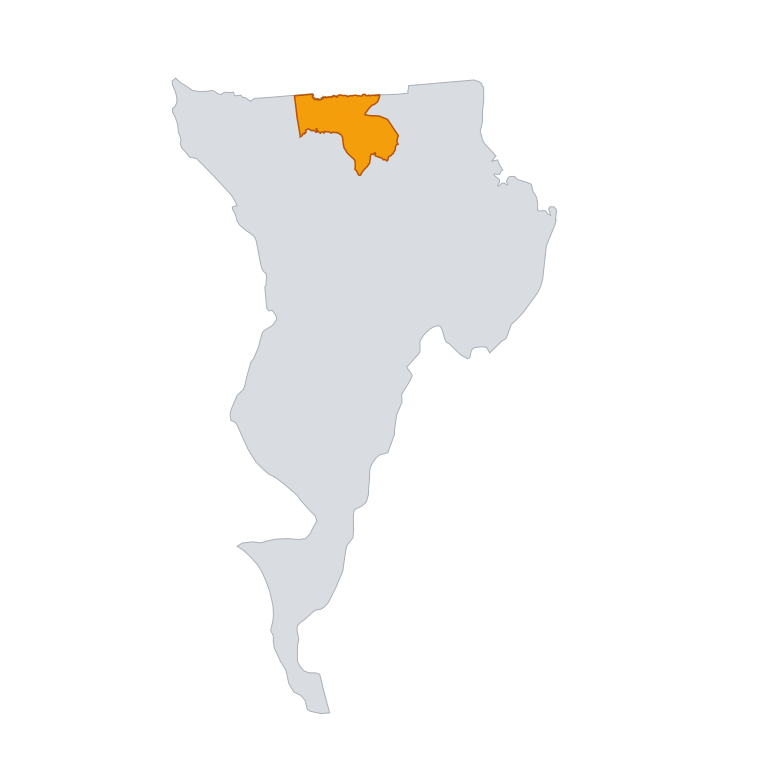 Dja-Et-Lobo, Sud, Cameroon shown in context, rotated 175°
{"feature_id": "32672807B39721432011370", "entity_name": "Dja-Et-Lobo", "entity_type": "district", "adm_level": 2, "iso_a3": "CMR", "parent_name": "Cameroon", "parent_adm1": "Sud", "projection": "natural_earth1", "projection_center": [12.712, 2.919], "detail": "fine", "context": "in_parent", "style": "filled", "palette": "amber", "viewbox_px": 768, "rotation_deg": 175, "n_neighbors": 0, "source": "geoboundaries", "source_scale": "gbopen_adm2", "svg_char_len": 7735}
<svg xmlns="http://www.w3.org/2000/svg" viewBox="0 0 768 768"><g transform="rotate(175 384 384)"><path d="M198.2,532.6L199.6,528.2L210.2,507.6L216.8,474.6L219.8,466.8L222.9,461.6L238.2,444.1L244.0,438.5L252.2,432.0L258.1,419.1L260.1,417.8L262.7,416.7L275.9,405.8L277.1,407.9L277.9,410.5L278.9,411.7L283.2,412.5L289.0,412.5L292.4,411.7L294.2,409.5L296.0,403.4L297.1,402.3L298.5,402.0L304.9,406.2L315.4,418.2L318.1,420.3L319.3,422.7L321.5,433.5L322.9,436.3L325.1,437.4L329.2,436.7L333.5,434.7L337.3,431.9L341.0,428.3L343.5,425.1L344.6,422.7L345.2,413.8L346.0,411.8L359.7,399.0L359.4,397.7L357.1,394.1L355.1,390.1L357.2,386.0L359.3,382.9L367.3,372.2L367.7,364.3L374.1,352.2L377.8,336.0L377.9,332.9L386.2,315.2L394.9,313.6L398.3,311.1L402.2,306.7L404.7,302.6L405.8,298.7L406.7,291.2L408.2,282.6L409.2,275.1L411.8,268.1L416.2,264.6L423.8,261.7L424.9,260.4L426.0,255.7L427.1,240.4L428.4,233.6L435.4,225.9L438.5,213.9L441.3,201.4L449.3,186.2L458.6,171.0L463.0,167.0L466.6,165.1L470.8,164.9L473.7,163.8L483.8,156.2L488.0,153.7L491.1,151.1L491.8,148.8L492.1,145.5L491.1,137.7L492.8,131.9L493.8,123.1L494.3,116.1L493.9,113.7L492.0,109.7L489.0,105.4L484.0,102.8L477.0,102.1L473.4,100.5L472.0,92.6L471.5,87.6L466.8,61.1L475.6,61.2L486.1,64.4L488.8,66.7L490.2,75.8L494.0,80.9L500.7,85.1L504.9,93.8L506.6,107.0L510.3,114.9L511.1,116.2L516.4,131.1L516.7,137.9L516.2,142.6L518.4,148.3L515.2,158.1L514.2,164.1L513.9,172.5L515.9,187.4L519.0,198.9L522.3,208.2L526.0,215.4L532.1,223.4L538.5,230.6L544.5,235.2L539.0,237.9L528.2,238.2L522.0,236.7L519.1,236.6L516.1,237.6L504.6,238.9L493.0,238.3L482.3,236.5L475.8,236.8L470.7,241.2L466.7,247.9L462.8,253.1L464.2,258.9L467.1,262.2L472.6,269.3L477.6,276.1L480.2,280.8L490.1,290.9L499.7,299.9L504.3,303.0L505.9,303.7L511.2,308.9L518.4,317.4L525.1,330.7L534.4,357.3L536.4,359.5L539.6,360.9L540.0,363.8L539.8,367.9L538.8,371.3L531.4,385.3L524.9,390.6L523.0,393.9L520.5,402.0L514.6,417.8L512.1,420.0L506.2,430.7L501.4,444.3L500.2,446.3L498.3,448.0L491.4,451.3L489.1,453.0L485.6,457.3L485.2,460.0L486.8,463.8L488.7,466.9L492.3,466.9L494.2,469.8L494.3,490.7L492.6,493.9L492.7,495.3L491.9,498.9L491.6,502.9L492.2,504.5L493.5,505.8L495.4,508.6L496.5,515.1L498.8,537.7L499.9,541.3L501.8,543.8L507.8,548.7L514.1,555.1L516.1,559.2L517.3,566.1L519.7,571.4L519.7,573.3L518.7,574.0L514.8,574.4L516.1,578.3L519.4,585.2L535.5,606.1L551.0,624.8L554.6,626.1L557.3,626.5L558.5,627.7L559.9,630.3L565.1,637.1L566.0,641.1L564.9,644.8L566.1,650.6L567.0,652.7L566.7,654.6L567.2,661.7L568.7,667.9L571.0,673.3L570.6,676.9L567.7,679.0L565.9,682.5L565.4,687.3L566.3,693.2L568.6,700.1L568.7,704.1L564.9,706.9L560.8,702.1L556.2,698.9L549.4,693.3L542.5,691.3L533.5,691.0L529.7,691.7L523.1,687.1L520.9,686.5L518.0,688.4L515.9,688.5L513.4,687.8L508.3,687.8L507.9,684.6L507.0,684.0L501.5,684.3L499.8,681.6L499.1,681.9L496.9,681.1L492.5,677.3L487.9,679.8L478.2,679.5L429.7,679.4L428.5,675.8L426.1,674.0L421.7,673.9L408.8,674.6L399.0,674.0L392.3,672.6L384.1,671.8L373.9,672.4L363.5,672.4L344.8,671.4L334.6,671.6L334.8,673.7L334.1,675.3L333.6,679.1L267.6,679.0L262.3,676.5L260.6,674.8L260.1,671.7L258.9,671.3L259.9,658.0L262.2,646.9L263.0,636.7L266.1,627.5L264.5,618.4L262.6,614.4L252.6,601.5L257.2,596.6L251.2,597.3L249.9,592.5L247.0,586.8L248.8,585.9L250.5,582.7L256.0,583.7L255.8,582.1L251.1,577.3L251.5,574.9L253.5,572.2L252.5,571.0L249.2,573.8L246.7,573.8L244.8,571.9L243.5,571.6L244.3,575.3L242.4,578.6L240.6,579.8L237.5,579.6L235.0,578.7L234.3,576.9L232.0,575.5L225.4,573.0L219.8,570.2L218.7,562.3L216.5,558.9L215.6,555.1L215.1,550.7L215.9,544.0L214.4,542.9L212.8,542.6L210.4,542.9L208.2,542.5L205.6,538.8L203.3,537.4L204.7,544.2L203.0,546.1L199.1,545.6L197.4,543.0L197.0,541.1L198.9,532.8L198.2,532.6Z" fill="#d9dde1" stroke="#a8b0b8" stroke-width="1"/><path d="M360.8,606.4L359.6,610.0L356.9,611.1L355.7,612.5L354.7,612.7L353.9,614.6L353.7,614.8L352.6,615.9L351.7,619.9L350.6,621.1L349.0,621.8L349.9,623.3L350.1,624.3L349.6,625.9L349.5,626.8L348.7,628.5L348.1,630.3L350.3,634.2L356.0,644.6L357.5,647.3L365.4,651.3L375.5,652.7L376.8,653.2L379.0,653.6L379.4,654.5L379.2,655.1L378.1,656.4L377.8,656.6L374.8,660.1L373.7,661.0L371.6,662.8L369.1,663.4L365.7,665.9L363.8,669.6L363.2,671.7L363.2,672.5L363.6,672.4L363.8,672.2L364.0,672.2L364.1,672.3L364.7,672.4L364.9,672.1L365.1,672.3L365.5,672.0L365.8,672.4L366.0,672.4L366.5,672.3L366.9,672.5L367.0,672.4L367.1,672.1L367.4,672.2L367.9,672.3L368.3,672.6L368.6,672.6L368.9,672.3L369.0,672.3L369.6,672.4L370.0,672.4L370.3,672.6L370.5,672.7L371.2,672.8L371.7,672.7L372.3,672.1L372.5,672.1L373.2,672.5L373.7,673.1L374.0,673.1L374.3,673.0L374.6,672.6L374.9,672.6L375.0,672.6L375.5,672.7L376.3,672.9L376.6,672.7L376.8,672.8L377.2,673.3L377.3,673.8L378.2,674.4L378.8,674.3L379.0,674.0L379.6,674.1L380.1,674.0L380.2,673.9L380.4,673.7L380.6,672.9L381.1,672.9L381.9,672.8L382.4,672.9L382.6,672.9L383.7,673.3L385.1,673.4L385.5,673.7L387.2,674.1L388.6,674.2L389.3,674.2L389.6,674.1L390.5,673.8L391.1,673.8L392.2,674.2L393.0,674.1L394.6,673.3L395.1,673.5L395.0,673.9L395.2,674.1L395.8,674.2L396.2,674.1L396.3,674.1L396.5,674.3L397.0,674.7L398.6,675.0L399.2,674.9L399.4,674.8L400.1,674.8L401.2,675.6L401.4,675.6L401.6,675.5L402.4,675.6L402.5,675.8L403.1,675.9L404.4,675.5L405.2,675.0L405.3,674.9L405.2,674.6L405.3,674.5L405.3,674.4L405.6,674.6L406.0,674.6L406.3,674.5L406.4,674.2L406.5,674.0L406.8,674.2L406.9,674.8L406.9,675.0L407.7,675.0L408.0,675.2L408.4,675.6L408.6,675.6L408.9,675.5L409.1,675.6L409.3,674.9L409.4,674.7L409.5,674.7L409.8,674.9L410.0,675.2L410.4,675.2L411.5,674.8L411.2,674.5L411.2,674.4L411.4,674.2L412.2,674.2L412.7,674.7L413.0,674.8L413.6,674.7L414.0,674.9L414.6,674.5L415.1,674.4L415.3,674.6L415.4,674.4L415.7,674.5L416.1,674.4L416.4,674.4L416.6,674.7L416.8,674.7L417.0,674.5L417.2,675.1L417.4,675.2L417.5,675.1L417.8,675.1L418.0,675.0L418.3,675.0L418.5,674.6L418.8,674.6L419.1,674.4L419.3,674.7L419.5,674.9L419.6,675.1L419.7,674.8L419.9,674.8L420.2,674.6L420.2,674.2L420.5,674.2L421.1,674.3L421.0,674.0L421.1,673.8L420.9,673.3L421.4,673.1L423.3,672.5L424.1,672.8L424.5,672.6L424.8,672.6L424.9,672.8L425.0,673.1L424.9,673.1L424.6,673.0L424.8,673.3L424.8,673.5L425.0,673.6L425.1,673.4L425.4,673.4L425.3,673.7L425.5,673.9L425.8,673.7L426.1,673.9L426.3,673.9L426.4,673.7L426.7,673.6L426.8,673.3L427.1,673.4L427.4,673.1L427.6,673.1L427.9,673.4L428.3,673.8L428.2,674.1L428.3,674.3L428.6,674.3L428.7,674.7L428.9,674.7L429.1,674.3L429.3,674.4L429.6,675.3L430.0,675.6L430.0,676.1L430.3,676.6L430.3,676.8L430.2,677.0L429.8,677.5L429.7,677.6L429.4,677.9L430.0,678.2L429.9,678.9L431.5,678.9L432.5,678.9L434.9,678.9L435.1,679.0L436.1,679.0L438.8,678.9L439.5,678.8L441.1,678.9L442.2,678.9L446.0,678.9L447.5,678.9L448.1,678.9L447.7,669.6L447.3,656.0L446.9,652.6L446.3,644.4L445.9,639.3L446.0,637.4L445.5,637.7L443.9,638.5L442.9,640.3L441.9,640.1L441.3,640.2L441.3,641.2L440.3,641.0L439.7,641.8L440.2,643.3L439.6,644.0L438.0,644.4L436.9,644.7L433.7,642.4L432.3,643.0L430.9,642.0L429.7,640.6L428.8,641.0L428.7,641.2L429.5,643.8L428.6,644.2L428.2,642.0L427.4,641.0L425.4,639.4L424.8,640.3L423.1,640.6L422.0,639.2L421.2,640.1L420.7,640.9L419.7,640.3L416.8,640.0L414.7,638.5L413.5,639.3L411.3,638.8L409.3,638.8L408.5,638.0L407.6,638.2L406.4,636.8L405.4,636.5L403.8,633.5L403.7,627.8L403.3,623.1L401.0,618.3L399.1,615.7L394.3,610.5L393.4,608.8L393.4,607.8L393.5,605.6L393.8,602.4L393.8,601.9L394.3,600.3L392.9,598.9L392.3,597.4L391.0,594.3L389.8,594.0L389.2,594.2L388.9,594.3L387.7,596.6L385.6,598.8L381.6,602.3L379.1,605.3L377.9,610.5L377.6,612.8L376.6,614.1L374.8,613.7L373.9,614.5L373.0,615.1L372.5,614.9L372.5,614.0L373.1,612.8L372.7,612.0L367.5,609.6L366.1,609.0L365.4,607.6L364.5,607.3L363.7,607.7L362.7,607.2L361.9,606.0L360.8,606.4Z" fill="#f59e0b" stroke="#b45309" stroke-width="1.5"/></g></svg>